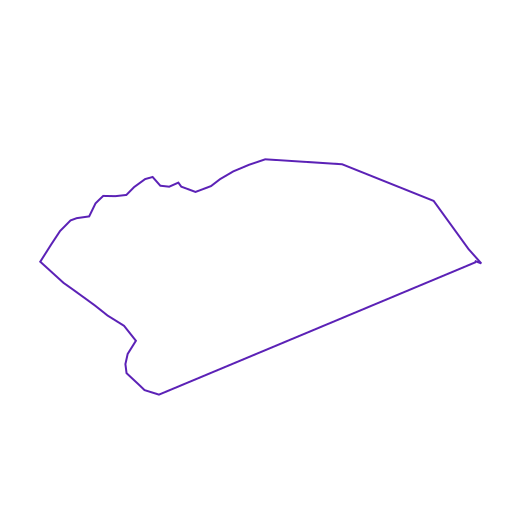 outline of Asomatos Lemesou, Cyprus, rotated 324°
{"feature_id": "46923920B94310568342837", "entity_name": "Asomatos Lemesou", "entity_type": "district", "adm_level": 2, "iso_a3": "CYP", "parent_name": "Cyprus", "parent_adm1": "", "projection": "equal_earth", "projection_center": [32.967, 34.63], "detail": "fine", "context": "isolated", "style": "outline", "palette": "violet", "viewbox_px": 512, "rotation_deg": 324, "n_neighbors": 0, "source": "geoboundaries", "source_scale": "gbopen_adm2", "svg_char_len": 706}
<svg xmlns="http://www.w3.org/2000/svg" viewBox="0 0 512 512"><g transform="rotate(324 256 256)"><path d="M433.9,394.4L432.0,375.4L432.1,315.9L431.2,314.4L379.6,232.4L320.3,183.2L304.0,178.1L287.4,174.2L272.2,172.7L260.7,173.0L244.7,168.6L236.3,156.0L236.3,151.0L226.5,148.9L219.9,142.9L218.8,131.3L211.5,128.6L204.6,128.6L197.9,128.6L187.0,130.4L177.5,125.0L167.7,117.6L162.3,118.3L157.1,119.1L144.3,125.9L133.2,120.0L126.9,118.2L112.2,120.6L97.3,126.2L78.1,133.8L84.5,164.7L87.2,172.6L90.2,181.7L96.6,201.4L100.9,216.9L108.2,234.9L109.0,254.0L94.6,259.8L86.8,266.7L82.4,274.7L85.5,290.6L87.0,299.0L96.0,311.1L429.6,390.0L430.6,389.4L433.9,394.4Z" fill="none" stroke="#5b21b6" stroke-width="2"/></g></svg>